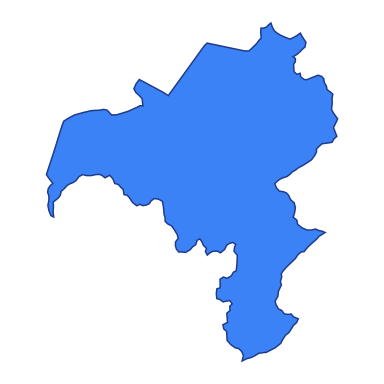 the district of Piraí, Rio de Janeiro, Brazil
{"feature_id": "56859067B32133246810873", "entity_name": "Piraí", "entity_type": "district", "adm_level": 2, "iso_a3": "BRA", "parent_name": "Brazil", "parent_adm1": "Rio de Janeiro", "projection": "natural_earth1", "projection_center": [-43.898, -22.656], "detail": "fine", "context": "isolated", "style": "filled", "palette": "blue", "viewbox_px": 384, "rotation_deg": 0, "n_neighbors": 0, "source": "geoboundaries", "source_scale": "gbopen_adm2", "svg_char_len": 3721}
<svg xmlns="http://www.w3.org/2000/svg" viewBox="0 0 384 384"><path d="M207.2,43.1L205.0,45.0L201.4,49.8L168.3,95.6L162.6,92.0L139.3,79.5L136.2,83.6L133.9,88.8L135.8,92.4L139.1,95.4L142.1,98.6L142.9,105.9L139.9,105.7L136.9,107.4L133.8,108.7L129.8,110.6L127.2,111.6L123.3,112.8L120.3,113.7L116.2,114.9L111.5,114.9L107.2,110.2L103.7,109.4L99.5,110.2L94.9,110.4L90.9,110.7L88.2,111.4L84.1,112.3L79.1,113.7L75.2,114.7L71.9,116.3L69.1,117.8L63.8,121.1L62.2,125.2L59.8,132.6L54.9,148.6L46.4,174.6L48.5,177.7L52.8,183.4L50.2,185.7L48.2,188.8L47.6,192.2L48.9,196.1L48.9,200.3L47.9,205.4L48.9,210.6L50.9,215.6L53.7,217.0L53.1,212.2L53.5,206.2L53.2,202.0L56.0,199.9L58.6,197.7L60.3,195.3L61.2,191.3L63.8,189.1L67.1,185.5L69.6,183.9L72.9,182.7L76.0,180.6L79.0,176.6L82.7,174.6L86.5,175.6L91.3,175.6L95.7,174.6L99.2,174.4L101.9,175.3L105.0,177.8L109.7,175.3L112.9,178.8L114.7,183.4L118.5,184.6L121.0,187.5L123.2,189.4L124.0,194.6L127.1,195.2L129.5,197.8L132.4,202.3L136.7,205.8L139.9,204.3L142.7,205.6L146.3,205.1L149.3,203.7L151.0,201.0L154.1,198.6L158.4,199.1L162.4,201.3L163.3,206.3L163.8,210.6L164.1,214.6L165.1,217.5L165.1,221.4L168.0,224.1L171.4,225.7L174.0,229.2L177.1,234.3L178.3,238.1L175.5,242.1L175.4,245.6L176.4,249.1L178.7,252.0L182.2,252.0L185.7,252.4L190.0,249.8L193.0,246.5L195.6,244.8L197.2,240.3L199.8,238.9L201.8,241.5L203.4,245.4L206.5,248.3L205.4,251.5L207.3,255.1L210.2,252.6L212.8,251.4L217.0,251.0L220.4,252.8L224.7,249.4L226.6,245.3L229.1,243.6L232.8,242.4L235.7,244.4L234.5,247.6L234.0,251.2L237.3,255.3L237.1,260.7L236.8,265.8L236.2,270.7L233.3,272.3L231.3,275.9L227.1,278.3L223.4,277.0L220.0,279.3L220.1,283.8L220.1,287.8L216.8,288.9L216.3,293.8L216.8,298.6L219.9,299.5L223.1,301.9L226.6,301.1L229.8,300.6L232.1,303.8L229.7,306.4L230.1,310.4L226.8,313.3L227.1,317.3L227.5,322.4L222.9,324.7L223.8,329.0L226.6,331.4L226.9,336.4L227.1,340.4L231.0,344.8L235.2,347.8L239.0,348.7L241.8,351.7L243.4,355.7L242.1,361.0L246.7,358.7L251.2,357.5L255.1,355.6L258.8,353.3L262.8,352.7L266.4,352.3L270.4,350.2L275.2,347.8L278.4,345.2L280.8,343.3L282.7,339.5L285.6,335.1L288.8,332.7L291.4,328.8L293.3,325.6L296.6,322.5L298.3,318.8L293.4,316.8L291.2,314.0L288.1,314.4L284.4,314.0L281.7,310.4L278.5,309.0L276.1,304.9L275.1,301.2L277.9,296.2L278.4,291.4L279.9,288.1L281.4,285.0L280.4,281.4L281.7,277.1L281.3,273.5L283.6,270.3L286.1,267.6L288.7,264.9L292.4,261.4L295.5,258.4L297.9,254.7L301.1,252.0L304.2,251.6L305.9,249.3L308.8,246.1L313.1,242.2L316.5,239.3L318.9,236.4L321.9,234.5L325.1,232.5L322.5,231.3L318.9,230.5L315.4,229.0L311.8,230.0L306.9,230.0L302.6,228.1L297.6,224.4L296.8,220.1L293.2,217.2L294.6,212.8L295.4,207.7L294.2,202.9L290.5,199.5L288.6,195.3L286.5,193.0L283.8,191.8L279.4,191.1L276.5,188.0L274.8,183.6L278.0,180.6L280.4,178.9L283.8,177.5L287.1,176.5L289.8,174.4L292.4,171.8L295.5,170.1L298.5,167.7L303.2,165.2L307.8,162.3L311.6,159.7L314.6,155.6L316.5,152.1L316.5,148.9L318.8,146.6L322.1,143.7L325.0,143.4L328.0,143.0L332.0,142.3L334.0,138.9L336.8,136.3L335.1,131.8L333.5,127.7L334.9,124.7L336.3,121.9L337.6,118.8L335.0,115.2L333.0,112.3L331.5,109.2L332.2,103.7L332.1,98.5L332.8,94.2L330.4,92.0L327.1,89.7L326.3,85.9L324.3,82.5L323.8,78.8L321.6,76.4L318.2,75.2L313.7,76.9L309.7,78.5L306.8,79.7L304.1,79.5L300.7,76.8L300.1,73.3L296.8,74.3L294.0,71.6L293.8,67.4L293.6,64.2L295.3,61.8L295.4,58.5L293.1,56.7L297.4,54.1L300.5,51.2L302.6,49.1L305.0,47.0L305.9,42.2L303.5,38.6L301.8,35.9L300.3,33.1L297.7,35.0L294.3,37.1L290.1,39.1L285.4,37.4L281.2,35.5L277.8,33.6L274.5,31.0L272.5,27.5L270.9,23.0L268.6,24.8L266.5,27.0L263.8,28.1L261.0,28.1L260.7,32.4L261.2,38.1L259.0,40.3L256.7,43.5L253.4,46.7L251.1,49.0L248.8,51.0L244.5,50.9L239.1,49.8L207.2,43.1Z" fill="#3b82f6" stroke="#1e3a8a" stroke-width="1.5"/></svg>